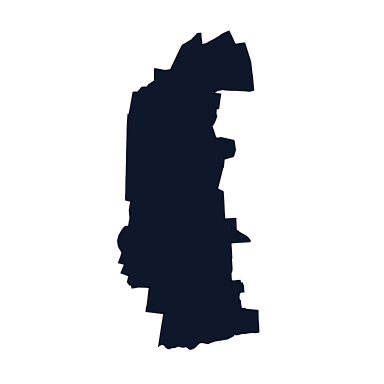 outline of Bors, Bihor, Romania, rotated 346°
{"feature_id": "2599482B42133295911926", "entity_name": "Bors", "entity_type": "district", "adm_level": 2, "iso_a3": "ROU", "parent_name": "Romania", "parent_adm1": "Bihor", "projection": "orthographic", "projection_center": [21.836, 47.134], "detail": "fine", "context": "isolated", "style": "filled", "palette": "ink", "viewbox_px": 384, "rotation_deg": 346, "n_neighbors": 0, "source": "geoboundaries", "source_scale": "gbopen_adm2", "svg_char_len": 5798}
<svg xmlns="http://www.w3.org/2000/svg" viewBox="0 0 384 384"><g transform="rotate(346 192 192)"><path d="M222.8,343.9L223.2,342.1L223.3,341.7L224.1,337.5L224.2,337.1L225.1,332.0L225.9,328.1L226.0,328.0L226.2,327.0L226.8,324.3L226.9,324.1L227.1,323.0L214.9,318.7L215.1,317.9L211.4,317.2L211.5,316.4L211.8,315.0L211.7,313.1L211.9,312.1L212.4,309.9L212.5,309.5L212.5,309.3L211.6,309.0L211.6,308.9L211.6,308.6L211.7,307.9L211.8,305.8L211.9,305.2L212.2,304.5L212.3,304.4L212.8,303.1L213.1,301.8L214.2,301.3L214.4,300.6L215.0,300.7L218.0,301.3L218.0,300.9L219.1,295.0L218.3,294.9L218.4,294.5L218.5,294.2L218.5,293.9L218.7,292.6L217.8,292.4L216.8,292.2L217.1,289.6L214.6,289.1L213.9,289.0L211.8,288.8L209.9,288.3L208.5,287.7L208.7,286.7L209.9,280.3L210.9,278.8L211.5,277.9L212.0,276.3L212.5,274.1L212.9,271.7L213.6,267.6L213.7,267.0L214.5,265.5L214.6,264.9L214.8,263.7L215.1,262.1L215.7,259.2L216.0,257.7L217.3,250.5L235.8,253.9L236.6,253.5L236.0,252.1L235.6,251.1L235.1,249.9L234.7,249.3L234.3,248.7L233.7,248.1L227.2,241.8L227.3,241.4L221.6,236.0L225.8,238.4L226.2,236.3L226.7,234.0L227.2,231.5L227.6,229.2L227.9,228.5L224.2,227.7L222.4,227.3L220.8,227.0L217.0,226.3L217.6,223.2L218.2,219.5L218.5,218.1L219.9,211.1L222.1,199.5L222.1,199.3L220.5,197.9L219.5,197.0L219.2,196.8L217.0,194.8L217.2,194.5L217.4,194.5L217.6,194.4L218.5,192.8L225.8,179.2L227.8,175.4L228.0,175.4L228.3,175.4L229.6,171.6L231.0,167.7L240.7,167.3L244.1,161.7L245.0,152.7L244.6,152.0L243.2,151.4L234.8,147.2L234.1,146.8L233.0,146.3L231.0,146.4L230.5,146.4L230.0,146.3L229.9,146.2L229.7,146.1L228.7,145.5L228.0,145.2L227.9,145.1L227.8,142.4L227.7,141.0L227.6,139.3L227.5,137.6L227.3,135.6L227.2,134.7L227.1,131.9L228.4,131.9L228.4,131.6L229.3,130.9L230.4,129.7L231.1,128.9L231.6,128.1L232.7,126.5L234.2,124.5L233.9,123.0L234.2,121.0L235.0,118.6L235.3,117.2L236.3,117.0L237.0,117.1L237.8,117.3L238.8,115.1L239.4,113.6L239.6,113.0L241.6,108.0L243.3,104.1L242.3,103.6L239.6,102.7L236.4,101.5L236.5,101.2L240.0,99.9L240.3,99.7L242.1,99.4L243.1,99.6L244.6,99.6L244.9,99.6L245.5,99.7L246.3,99.8L247.0,99.9L248.0,100.3L248.8,100.7L250.2,101.2L255.7,102.9L258.8,103.6L260.7,104.2L264.5,105.4L266.9,106.1L268.5,106.6L269.1,106.8L270.2,107.3L271.8,107.8L272.4,108.0L272.9,108.0L273.6,108.0L274.3,108.0L274.8,107.9L275.8,107.8L276.1,107.8L276.3,107.9L276.4,107.3L276.5,106.8L276.7,105.4L277.9,97.6L278.5,93.8L278.5,93.3L278.9,89.5L280.1,80.4L280.2,80.1L280.2,79.9L279.0,60.5L278.9,60.3L274.5,59.8L274.1,59.8L273.8,59.7L273.2,59.7L272.9,59.7L271.0,59.5L270.1,59.4L269.6,59.4L269.0,56.7L268.3,53.0L267.6,49.3L267.1,46.9L266.7,45.1L264.0,45.5L261.8,45.9L259.7,46.4L259.1,46.5L258.5,46.7L257.9,47.0L257.2,47.4L256.8,47.5L255.5,48.0L255.3,48.0L254.9,48.1L253.5,48.5L252.6,48.9L251.8,49.1L251.0,49.3L250.1,49.6L248.9,49.9L247.2,50.2L245.7,50.6L244.1,51.0L243.8,51.2L242.9,51.4L241.5,51.7L240.9,51.7L239.6,51.7L239.1,51.7L237.5,51.6L236.8,51.4L237.0,50.1L237.4,49.5L237.5,48.9L237.8,46.4L237.9,45.9L237.9,45.3L237.9,45.1L237.9,44.3L238.2,43.1L238.2,42.9L238.3,42.7L238.3,42.4L238.4,42.0L238.5,41.6L238.8,40.3L238.6,40.2L237.4,40.0L235.2,39.9L233.6,41.3L230.1,43.3L228.7,44.4L223.5,45.9L218.3,47.4L215.4,50.7L211.7,55.1L208.1,59.5L205.4,62.8L204.1,64.3L200.8,68.4L195.1,67.8L186.0,63.6L185.6,63.7L183.8,70.9L182.8,74.7L182.5,75.2L181.4,75.7L176.8,77.3L175.6,77.9L174.0,79.5L173.5,79.5L172.2,79.1L169.2,78.5L168.4,78.6L163.8,82.0L163.1,82.0L159.4,81.1L159.0,81.3L155.5,89.2L152.2,96.6L150.7,99.7L149.8,101.8L148.8,101.5L147.1,106.6L146.3,109.2L145.9,110.7L145.0,113.7L143.9,117.5L143.2,120.4L142.2,123.9L141.2,127.6L139.4,134.1L138.4,137.6L137.4,141.4L136.7,144.0L135.4,149.0L134.0,154.0L132.5,159.6L131.3,163.4L130.1,168.1L129.0,172.2L128.0,176.0L126.6,180.7L125.9,183.7L130.7,186.0L128.5,190.9L127.0,194.5L126.4,197.9L125.7,202.5L123.6,207.0L122.4,210.0L122.1,210.3L119.4,209.5L118.4,209.7L116.6,210.9L114.7,212.5L112.1,215.2L110.9,216.4L109.6,218.6L109.2,219.6L108.2,221.5L107.8,225.1L107.8,227.1L108.3,229.4L109.7,233.7L107.7,237.2L105.8,240.0L103.8,242.8L109.5,245.8L106.8,249.2L103.8,253.4L110.9,258.1L110.1,259.3L107.8,263.7L109.0,266.9L110.7,267.6L110.8,268.0L110.8,270.4L110.8,270.5L115.7,270.9L116.4,270.9L117.2,271.0L118.2,271.3L119.1,271.6L120.1,271.9L123.1,272.7L127.8,274.2L126.2,278.1L124.3,283.2L120.9,292.2L120.2,292.8L118.8,296.7L124.8,299.0L132.6,302.0L133.3,302.3L133.8,302.4L135.4,302.8L135.5,302.8L132.6,309.9L131.7,311.8L131.5,312.3L130.7,314.1L122.8,333.0L123.0,332.9L123.7,332.7L124.4,332.5L125.1,332.4L125.5,332.3L125.8,332.3L126.1,332.4L126.4,332.5L126.7,332.7L127.1,332.9L127.6,333.3L128.1,333.7L128.5,334.2L128.7,334.6L128.9,335.1L129.0,335.5L129.2,336.0L129.4,336.3L129.8,336.8L130.3,337.3L130.5,337.6L130.8,337.8L131.4,338.1L131.9,338.2L132.3,338.4L132.5,338.4L132.9,338.3L133.2,338.2L133.8,338.0L134.1,337.9L134.4,337.9L134.8,337.9L135.2,338.0L136.4,338.2L137.3,338.4L137.6,338.5L137.9,338.4L138.8,338.4L139.4,338.2L139.9,338.1L140.2,338.0L140.4,338.0L140.8,338.0L141.1,338.0L141.5,338.1L142.1,338.4L142.6,338.6L143.3,339.0L144.5,339.7L144.9,339.9L145.2,340.0L145.7,340.2L146.0,340.3L146.4,340.3L147.3,340.3L147.8,340.3L148.1,340.3L148.4,340.4L148.7,340.5L149.1,340.7L149.4,340.9L149.8,341.2L150.1,341.5L150.4,341.8L150.6,342.1L150.8,342.4L151.0,342.7L151.1,343.0L151.4,343.4L151.7,343.7L151.8,343.8L152.4,344.0L152.8,344.0L153.7,344.1L155.7,343.7L156.5,343.5L157.1,343.3L157.7,343.0L158.5,342.5L161.5,340.6L162.7,340.1L164.0,340.0L165.6,340.3L170.9,342.8L171.7,342.7L172.7,342.4L174.5,342.2L178.6,341.9L185.2,342.5L186.0,342.5L188.9,342.8L191.1,342.9L193.0,342.4L195.2,341.9L197.3,341.3L197.8,340.7L198.2,340.3L198.6,339.7L198.9,340.0L200.3,341.0L202.2,341.3L206.6,341.1L209.1,341.9L213.0,342.1L217.1,342.7L217.4,342.8L219.2,343.6L220.3,343.7L222.8,343.9Z" fill="#0f172a" stroke="#020617" stroke-width="1.5"/></g></svg>